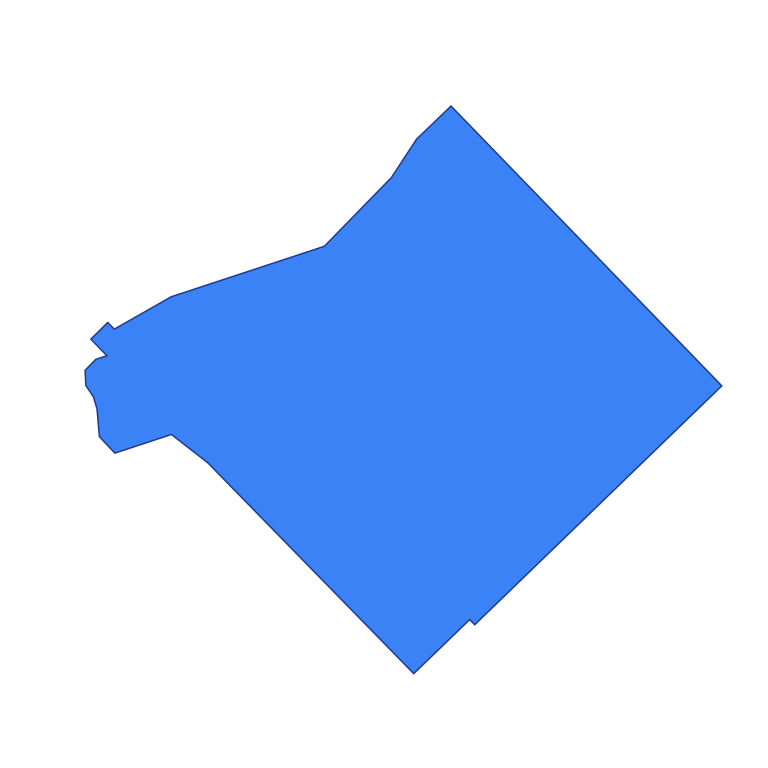 85, Ar Rayyān, Qatar (Albers equal-area conic projection), rotated 316°
{"feature_id": "91078587B12839905472934", "entity_name": "85", "entity_type": "district", "adm_level": 2, "iso_a3": "QAT", "parent_name": "Qatar", "parent_adm1": "Ar Rayyān", "projection": "albers", "projection_center": [50.97, 25.364], "detail": "fine", "context": "isolated", "style": "filled", "palette": "blue", "viewbox_px": 768, "rotation_deg": 316, "n_neighbors": 0, "source": "geoboundaries", "source_scale": "gbopen_adm2", "svg_char_len": 507}
<svg xmlns="http://www.w3.org/2000/svg" viewBox="0 0 768 768"><g transform="rotate(316 384 384)"><path d="M204.2,613.0L282.0,613.0L282.0,620.2L408.0,620.1L625.7,620.0L625.6,522.7L625.5,407.2L625.3,230.6L577.5,230.5L532.9,240.6L436.8,243.5L341.0,197.3L291.5,173.4L228.1,157.2L228.0,147.8L204.3,148.1L204.3,171.1L193.9,166.1L178.5,166.5L168.5,177.9L166.0,191.5L160.2,202.6L147.7,218.0L142.7,224.2L142.3,246.7L196.0,272.6L202.5,318.4L204.2,613.0Z" fill="#3b82f6" stroke="#1e3a8a" stroke-width="1.5"/></g></svg>